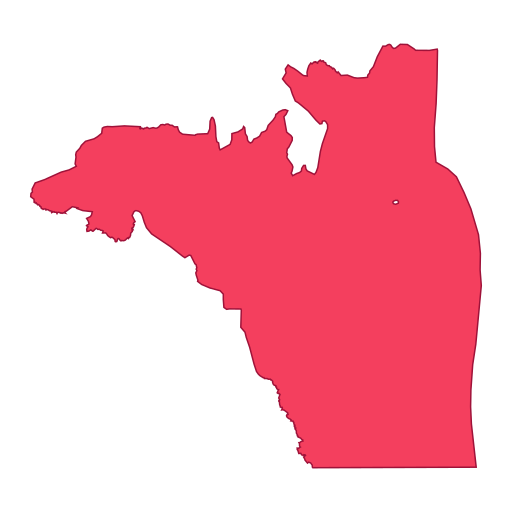 Fizi, Sud-Kivu, Democratic Republic of the Congo (Albers equal-area conic projection)
{"feature_id": "63176286B21708239892428", "entity_name": "Fizi", "entity_type": "district", "adm_level": 2, "iso_a3": "COD", "parent_name": "Democratic Republic of the Congo", "parent_adm1": "Sud-Kivu", "projection": "albers", "projection_center": [28.45, -4.276], "detail": "fine", "context": "isolated", "style": "filled", "palette": "rose", "viewbox_px": 512, "rotation_deg": 0, "n_neighbors": 0, "source": "geoboundaries", "source_scale": "gbopen_adm2", "svg_char_len": 5971}
<svg xmlns="http://www.w3.org/2000/svg" viewBox="0 0 512 512"><path d="M437.2,49.1L429.5,50.4L415.6,50.3L414.1,48.9L407.4,44.5L400.3,44.3L395.4,48.2L393.5,48.4L391.9,46.9L390.8,45.1L389.6,44.4L388.2,44.6L385.5,46.2L382.9,46.1L377.3,56.7L373.4,66.7L369.9,70.9L369.6,73.0L367.8,75.1L367.5,77.3L364.4,77.7L357.5,78.1L354.1,77.7L347.4,75.1L341.0,75.5L338.1,71.9L337.2,72.8L335.4,71.0L335.3,70.2L333.9,68.5L333.3,68.2L332.5,68.8L331.6,67.3L329.8,66.5L329.3,65.7L327.9,65.7L326.3,64.7L325.7,62.8L323.5,61.8L323.4,60.9L322.7,60.8L321.7,61.4L320.7,60.5L320.3,60.7L320.1,60.2L318.0,61.9L317.6,63.2L316.9,62.9L316.4,62.2L315.2,62.3L315.3,61.8L314.0,62.0L312.0,63.9L310.8,63.0L308.9,65.7L307.7,69.2L307.0,72.3L307.3,76.0L303.7,75.6L302.4,74.9L297.7,71.1L293.8,68.4L290.6,66.8L288.1,64.9L285.3,69.1L286.1,72.9L282.5,78.9L286.0,83.4L290.4,87.9L292.4,94.1L295.3,101.0L298.3,102.8L308.3,111.1L316.0,120.2L319.9,124.0L321.9,123.6L322.4,121.2L324.6,120.8L325.8,121.7L327.6,124.7L327.6,128.6L322.4,143.6L320.4,151.4L317.8,167.6L316.0,172.4L314.4,174.4L307.2,170.9L305.9,168.9L305.3,165.4L303.6,165.4L301.7,168.4L301.4,171.0L299.6,172.5L296.5,173.6L292.7,175.7L291.2,173.1L292.0,171.3L292.9,167.0L292.1,164.8L287.1,157.9L286.9,156.2L287.5,154.2L286.7,152.8L287.3,148.8L288.8,147.1L292.2,140.4L292.3,137.5L291.0,135.6L286.7,132.2L283.9,116.7L286.0,114.4L287.8,110.7L285.3,109.7L282.8,110.0L278.7,111.9L277.4,113.5L275.9,114.3L275.3,116.9L273.0,120.2L268.2,125.4L266.7,129.8L265.1,131.2L261.6,132.5L259.6,136.2L256.8,138.0L253.9,139.1L252.2,142.0L250.5,143.0L249.2,142.3L247.6,140.4L247.1,136.6L245.4,133.8L244.7,127.6L243.6,126.5L242.7,128.9L238.0,131.9L231.9,133.6L231.8,139.8L230.1,144.4L220.1,149.9L219.3,148.1L218.6,142.9L216.8,141.7L215.9,136.6L215.4,126.0L214.0,119.6L212.6,117.4L211.6,117.6L210.1,121.2L209.7,129.1L207.7,133.7L197.7,134.1L195.6,134.7L195.1,135.3L182.6,134.2L179.6,132.2L178.3,129.8L177.5,126.8L174.4,126.9L172.2,125.3L170.1,125.2L168.0,124.0L166.0,124.2L164.7,125.0L162.8,124.5L160.8,124.8L158.6,127.1L156.8,128.1L155.3,128.2L153.2,127.6L149.2,128.6L147.0,127.3L145.9,128.1L144.9,128.0L144.0,128.7L143.2,128.5L143.2,128.8L141.1,127.9L140.8,128.6L140.2,128.9L139.8,128.3L140.3,126.7L124.4,125.9L112.3,126.7L107.4,126.5L104.0,127.1L102.3,128.2L101.7,133.3L97.5,136.7L94.1,138.8L85.5,141.3L81.4,145.4L79.8,148.3L76.3,152.1L75.7,154.7L76.0,157.1L75.1,163.9L76.3,166.3L69.1,169.9L61.2,172.1L44.4,179.7L35.2,182.9L32.1,189.1L32.4,192.1L31.0,193.3L30.7,196.7L34.0,199.2L34.1,201.9L34.4,201.9L34.2,202.3L35.4,203.0L36.2,202.9L36.3,203.6L37.9,204.4L37.5,204.5L37.6,204.8L38.9,204.9L39.9,205.7L39.9,206.4L41.2,207.1L41.1,208.0L41.7,208.6L42.6,208.8L43.1,209.4L43.8,209.0L45.7,209.0L46.0,210.0L46.8,209.6L48.3,209.8L49.5,210.8L50.9,210.8L51.7,212.6L52.7,211.6L53.0,212.1L54.2,211.7L54.5,212.2L56.4,212.3L57.0,213.5L57.5,212.5L58.5,212.3L60.0,212.6L60.3,213.1L60.8,212.9L61.5,213.2L61.9,212.9L62.8,213.3L63.6,212.7L65.2,213.1L64.8,212.7L65.0,211.6L65.6,211.4L65.6,211.7L72.3,206.7L77.7,207.8L77.0,208.5L82.8,210.6L92.3,211.7L91.5,215.0L90.4,216.6L86.6,218.4L88.3,221.1L88.9,223.4L88.7,224.3L87.0,225.1L86.5,225.7L88.0,226.8L87.0,228.3L86.7,229.6L87.0,231.4L88.9,231.1L90.8,229.9L92.6,231.2L93.1,231.2L96.0,228.4L96.6,228.4L97.7,229.4L99.4,229.3L100.8,230.3L102.1,230.4L103.2,231.0L102.5,233.0L105.7,232.9L107.3,234.7L107.5,235.4L108.8,236.5L110.6,237.7L111.8,237.2L112.6,237.5L114.9,239.6L115.2,241.5L115.8,241.8L116.8,241.5L117.7,239.0L118.2,238.5L119.1,238.8L120.2,240.4L121.0,240.9L121.4,240.5L123.8,240.7L125.3,240.1L127.3,238.1L128.0,237.8L127.9,238.2L128.4,238.5L128.5,237.9L129.6,237.5L130.5,235.5L130.7,233.2L132.3,231.4L132.1,229.9L133.1,229.8L132.7,228.9L131.9,228.5L132.3,227.7L132.8,227.7L133.4,227.1L134.2,225.0L134.3,224.6L133.5,224.6L133.3,223.8L133.9,222.5L135.1,221.7L132.1,215.6L133.9,211.8L135.3,210.7L136.6,210.7L138.8,211.3L140.8,212.8L142.3,215.7L144.3,222.3L146.5,227.7L151.6,233.9L170.3,246.5L182.5,256.1L184.9,257.7L189.2,255.1L190.8,255.5L195.0,263.9L196.1,264.6L196.8,267.8L196.2,269.1L196.9,270.6L195.8,272.9L196.3,275.3L197.9,280.1L197.6,281.4L201.7,284.5L210.0,288.0L220.1,290.7L223.3,294.1L223.3,299.6L223.9,307.4L226.6,309.3L229.4,308.9L240.9,309.0L241.3,310.2L240.8,327.3L245.0,332.2L246.3,337.5L249.7,347.4L254.1,364.2L256.5,371.5L258.4,374.2L260.0,375.7L263.2,377.7L264.0,377.6L264.4,378.5L267.6,378.6L268.1,379.2L270.4,379.2L270.7,379.9L271.4,379.9L272.7,381.3L272.6,382.4L273.2,384.1L274.3,385.3L275.8,385.6L275.8,386.9L276.5,387.1L276.7,388.6L277.9,389.6L278.5,389.6L277.2,392.8L278.3,393.6L278.8,393.3L280.0,394.4L278.7,398.0L279.6,399.5L279.4,400.5L279.0,400.4L278.8,400.7L278.9,401.4L279.4,401.9L279.7,404.9L280.3,405.9L280.2,406.9L281.2,407.4L282.1,407.3L282.4,408.1L281.7,409.9L282.5,409.7L284.2,410.2L287.7,412.8L287.7,413.7L288.1,414.3L287.8,414.7L287.1,414.5L286.7,415.2L286.5,415.8L286.9,416.9L288.5,418.4L290.3,419.2L291.2,420.0L290.8,420.9L293.1,421.2L293.2,421.9L293.8,422.3L293.9,424.0L294.9,425.2L294.2,425.9L294.6,426.9L295.1,427.0L295.0,428.0L295.7,428.2L295.1,429.0L296.3,430.6L296.4,433.1L297.6,435.3L297.3,435.5L297.5,436.1L298.2,436.6L298.1,437.0L300.6,438.1L301.6,439.3L302.7,440.0L302.5,440.3L302.9,441.0L301.0,441.6L299.6,442.7L299.0,442.7L299.5,443.7L299.5,445.5L300.0,446.9L300.3,447.1L298.6,448.3L298.0,448.1L297.7,448.9L297.2,448.5L297.2,449.5L297.9,450.5L298.8,453.5L300.8,453.3L301.6,454.8L303.1,455.3L303.8,455.2L303.9,454.7L305.1,454.9L305.4,455.2L304.9,455.5L304.6,456.5L303.6,457.0L304.7,458.9L305.0,460.1L307.5,463.1L308.6,462.2L310.6,462.9L312.2,465.1L312.4,467.2L312.8,467.7L476.2,467.2L471.4,423.9L470.6,406.8L470.9,390.0L472.7,364.6L475.8,344.3L481.3,285.6L480.1,269.9L480.4,253.4L478.5,234.7L470.9,208.9L464.1,192.7L456.4,176.8L447.8,169.0L436.0,162.2L434.5,146.6L434.3,127.6L436.1,103.9L437.0,80.2L437.5,50.5L437.2,49.1ZM393.5,201.2L395.7,200.3L397.6,200.4L398.5,201.9L398.3,203.2L395.6,204.3L393.5,203.7L392.9,202.5L393.0,201.8L393.5,201.2Z" fill="#f43f5e" stroke="#9f1239" stroke-width="1.5"/></svg>